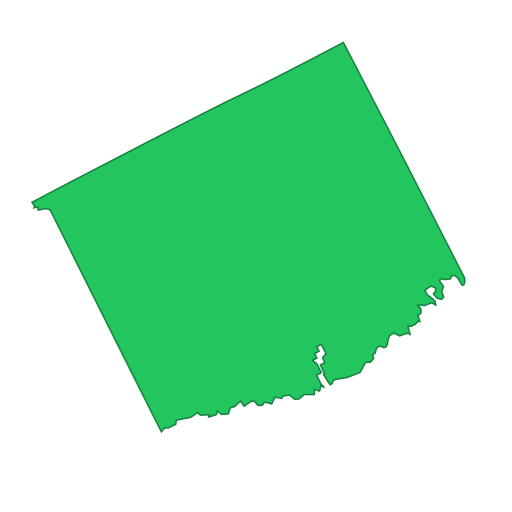 outline of Grand, Utah, United States of America, rotated 243°
{"feature_id": "52423323B60720449434495", "entity_name": "Grand", "entity_type": "district", "adm_level": 2, "iso_a3": "USA", "parent_name": "United States of America", "parent_adm1": "Utah", "projection": "albers", "projection_center": [-109.925, 39.0], "detail": "fine", "context": "isolated", "style": "filled", "palette": "green", "viewbox_px": 512, "rotation_deg": 243, "n_neighbors": 0, "source": "geoboundaries", "source_scale": "gbopen_adm2", "svg_char_len": 1924}
<svg xmlns="http://www.w3.org/2000/svg" viewBox="0 0 512 512"><g transform="rotate(243 256 256)"><path d="M406.6,430.8L406.2,395.9L406.0,353.7L406.3,327.1L406.9,299.2L406.9,288.9L406.9,288.6L407.0,275.6L407.0,275.4L407.0,255.4L406.8,211.1L406.2,126.7L405.6,80.8L400.7,81.4L399.8,80.1L398.8,83.8L395.8,82.8L393.7,90.1L390.7,93.5L161.4,91.9L142.3,91.9L144.3,96.2L142.6,99.9L142.5,108.1L145.9,110.5L142.0,124.1L142.8,133.0L139.5,134.1L135.7,142.3L134.0,140.7L132.6,148.6L135.3,151.1L130.5,153.4L127.8,159.7L132.3,164.1L131.5,168.8L133.9,176.4L127.6,177.1L128.8,186.0L127.3,188.6L121.9,190.0L120.1,193.9L121.9,197.3L117.1,202.9L121.7,208.7L117.5,214.1L119.0,216.8L116.7,222.8L110.9,225.3L109.1,229.3L110.6,236.2L106.1,245.0L110.5,247.5L106.8,251.3L111.1,255.0L107.7,257.4L112.2,255.8L122.4,255.9L122.4,261.3L132.4,261.3L137.5,258.8L137.4,263.9L142.5,263.9L142.5,269.0L147.6,269.0L147.6,274.1L137.4,274.1L134.9,269.0L129.8,269.0L129.8,263.9L119.9,263.6L119.9,262.3L107.7,263.5L107.6,265.5L108.0,266.3L110.2,268.5L109.7,271.6L106.3,282.4L105.0,295.8L111.5,305.3L109.5,309.6L111.3,314.4L113.2,314.6L115.5,315.5L115.2,317.8L118.8,321.2L119.8,324.1L117.9,327.6L116.5,328.0L116.0,330.4L117.4,332.7L121.4,335.7L124.4,338.8L124.8,343.8L119.6,347.7L118.8,354.4L117.4,357.4L115.3,357.7L119.0,358.3L124.9,359.7L122.9,362.1L122.8,366.8L124.3,370.9L123.1,372.2L125.9,372.8L129.8,373.0L129.5,374.0L130.1,376.9L132.6,378.4L135.5,378.8L138.7,377.7L137.7,380.4L135.3,383.6L134.6,391.3L130.7,393.9L134.2,395.0L138.1,393.7L143.5,391.0L148.7,390.9L149.5,394.8L149.6,398.6L146.2,401.4L143.6,400.4L141.6,396.8L136.1,398.2L133.2,401.7L134.1,404.6L136.5,404.8L140.5,405.6L143.5,409.2L147.6,408.8L148.8,408.2L151.4,408.8L151.3,411.4L149.3,413.6L147.3,418.8L149.4,421.3L148.4,424.3L144.7,425.9L140.0,426.0L136.3,426.4L135.9,428.1L138.4,430.5L141.4,431.7L141.6,431.9L292.6,431.6L406.6,430.8Z" fill="#22c55e" stroke="#15803d" stroke-width="1.5"/></g></svg>